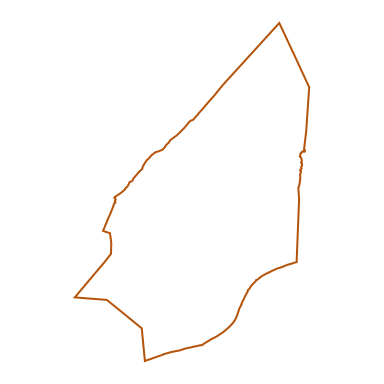 outline of Skaftárhreppur, Suðurland, Iceland
{"feature_id": "244011B24957701647142", "entity_name": "Skaftárhreppur", "entity_type": "district", "adm_level": 2, "iso_a3": "ISL", "parent_name": "Iceland", "parent_adm1": "Suðurland", "projection": "mercator", "projection_center": [-18.128, 64.02], "detail": "fine", "context": "isolated", "style": "outline", "palette": "amber", "viewbox_px": 384, "rotation_deg": 0, "n_neighbors": 0, "source": "geoboundaries", "source_scale": "gbopen_adm2", "svg_char_len": 5563}
<svg xmlns="http://www.w3.org/2000/svg" viewBox="0 0 384 384"><path d="M279.3,23.0L254.8,49.9L223.0,84.8L218.9,89.8L216.7,92.5L213.8,96.1L211.0,99.1L201.6,110.1L198.9,113.0L197.4,115.1L195.8,116.6L193.3,119.7L191.7,120.3L191.1,120.5L189.8,121.4L188.7,122.5L187.7,124.0L186.4,125.4L184.6,127.6L184.1,128.1L181.0,131.2L180.8,131.5L180.2,132.0L178.1,134.1L176.6,135.5L175.6,136.2L172.6,138.4L171.1,139.5L170.4,140.1L170.0,140.5L169.5,141.2L169.1,142.2L168.9,142.4L168.2,143.1L166.1,145.1L165.6,145.8L165.3,146.6L165.1,146.8L164.5,147.6L163.7,148.3L162.9,149.4L162.2,149.8L160.7,150.4L159.3,151.1L158.2,151.5L156.8,151.8L156.3,151.9L155.9,152.0L154.4,153.0L151.7,155.1L149.7,157.4L148.2,158.9L147.4,159.7L146.7,160.3L146.0,161.2L143.2,165.8L142.7,166.8L142.6,167.3L142.6,167.6L142.4,168.4L142.3,168.7L142.1,169.0L141.5,169.7L140.6,170.4L139.8,171.1L137.7,173.4L136.4,175.1L135.2,176.3L134.6,177.2L133.8,177.9L133.2,178.8L133.0,179.2L132.9,179.6L132.6,180.3L132.3,180.8L131.8,181.2L131.2,181.5L130.0,181.9L129.8,182.0L129.6,182.2L129.5,182.4L129.3,182.8L129.0,183.5L128.6,184.4L128.1,185.3L127.3,186.6L126.5,187.4L126.1,187.7L125.9,187.8L125.5,188.5L125.0,189.1L124.6,189.8L124.3,190.1L121.5,192.4L119.6,193.8L115.4,196.6L114.9,197.0L114.5,197.5L114.2,197.7L114.2,197.8L114.3,197.9L114.7,198.1L115.1,198.5L115.4,198.7L115.6,199.2L115.6,199.6L115.4,200.0L115.3,200.3L115.2,200.5L115.3,200.8L115.2,200.9L115.1,201.1L114.8,201.4L114.9,201.6L114.9,201.9L114.9,202.0L115.3,202.4L115.3,202.6L115.3,202.8L115.1,203.0L114.6,203.1L114.4,203.3L114.3,203.6L114.1,204.0L113.7,204.3L113.7,204.5L113.6,204.8L113.7,205.0L113.6,205.5L110.1,214.3L108.7,217.2L103.9,228.9L103.0,230.8L103.8,231.2L110.0,233.2L111.3,243.0L111.0,253.8L104.3,262.4L100.3,267.1L94.8,273.6L74.8,297.4L106.8,299.9L124.1,313.9L141.8,328.4L142.3,334.2L144.9,361.0L145.7,360.7L147.2,360.1L148.1,359.8L150.3,359.2L152.3,358.4L155.2,357.4L157.0,356.7L159.8,355.7L161.8,355.2L164.1,354.0L165.5,353.7L168.6,352.8L171.8,351.9L172.6,351.9L173.4,351.6L174.9,351.3L175.3,351.3L180.1,350.3L180.8,350.0L181.2,349.9L182.0,349.6L184.7,348.8L187.3,348.1L192.4,347.1L194.7,346.4L195.5,346.3L196.5,346.2L197.6,345.9L198.3,345.6L198.9,345.6L200.4,345.2L200.7,345.2L201.3,345.3L201.8,345.4L202.2,345.0L202.5,344.9L203.3,344.1L205.0,343.1L205.6,342.6L206.0,342.4L206.7,341.9L207.5,341.6L207.8,341.3L208.4,341.0L210.1,339.9L211.1,339.3L212.1,338.8L213.0,338.3L215.4,337.2L216.5,336.4L216.9,336.3L219.3,334.7L219.7,334.4L220.8,333.7L223.0,332.3L223.5,331.8L223.9,331.6L224.1,331.4L224.8,330.8L225.3,330.5L225.5,330.2L226.1,329.6L228.3,327.8L229.9,326.3L233.7,322.0L235.1,319.8L235.4,319.0L236.0,318.0L236.1,317.6L236.5,317.1L236.9,315.8L237.3,314.5L238.0,312.9L238.3,311.8L238.4,311.6L238.5,311.2L238.6,310.9L239.1,309.0L239.5,308.4L239.8,307.6L240.2,306.8L240.7,306.0L240.8,305.8L241.0,305.5L241.2,305.4L241.2,304.9L241.4,304.5L241.5,304.4L241.6,304.0L241.6,303.4L241.8,303.2L242.0,302.7L242.2,302.2L242.7,301.2L243.6,299.5L243.8,299.3L243.8,299.0L244.1,298.4L244.2,298.2L244.5,297.5L244.9,296.7L245.1,296.3L245.5,295.5L245.6,295.3L245.7,295.1L246.9,292.8L247.1,292.6L247.3,292.4L247.3,292.2L247.3,291.9L247.7,291.4L247.8,291.3L247.8,291.1L247.7,290.7L248.1,289.8L248.3,289.7L249.0,289.3L249.1,289.2L249.3,288.9L250.4,287.0L251.1,285.9L251.4,285.7L252.3,284.6L253.8,283.0L255.1,281.8L255.8,281.0L255.9,280.6L255.9,280.3L256.5,280.2L256.9,280.0L258.5,278.8L259.6,277.8L260.8,276.9L261.8,276.2L263.5,275.2L265.4,274.1L266.9,273.3L267.8,273.1L268.0,272.9L268.3,272.5L269.1,272.4L269.6,272.2L271.6,271.1L274.8,269.6L277.3,268.5L278.4,268.2L280.9,267.4L281.7,267.3L282.1,267.0L282.2,266.8L283.0,266.7L284.4,266.0L285.4,265.6L287.6,264.8L288.5,264.4L289.2,264.5L289.6,264.2L290.4,264.0L291.4,263.7L291.6,263.6L292.0,263.6L293.4,263.0L296.0,262.3L296.6,262.2L299.1,199.5L298.4,189.0L298.5,188.0L298.5,187.2L298.7,186.4L299.3,185.6L299.4,185.0L299.4,184.7L299.5,184.5L299.5,184.4L299.5,184.2L299.5,183.6L299.6,183.4L299.6,183.2L299.8,182.8L299.8,182.4L299.8,181.9L299.8,181.5L299.8,181.2L299.9,180.9L299.9,180.7L300.1,180.4L300.1,180.2L299.9,179.9L300.3,178.8L300.3,178.5L300.3,178.3L300.2,178.0L300.3,177.8L300.3,177.6L300.3,177.4L300.3,177.2L300.2,176.7L300.1,176.4L300.1,176.0L300.2,175.6L300.2,175.3L300.2,175.1L300.1,174.9L300.0,174.7L300.1,174.2L300.3,173.9L300.4,173.7L300.5,173.2L300.9,172.6L301.0,172.3L300.9,172.1L300.8,171.9L300.6,171.6L300.4,171.1L300.4,170.8L300.4,170.7L300.5,170.6L300.8,170.4L301.0,170.2L300.9,169.6L301.0,169.4L300.9,169.4L301.0,169.3L301.2,168.6L301.3,168.4L301.4,168.2L301.1,167.8L301.1,167.6L301.2,167.3L301.3,166.9L301.4,166.6L301.6,166.3L301.8,166.1L301.8,165.9L301.8,165.7L302.1,165.3L302.1,165.1L302.0,164.9L302.1,164.5L302.0,164.0L302.0,163.9L301.9,163.2L301.7,163.1L301.2,162.9L301.1,162.7L301.1,162.4L301.3,161.8L301.5,161.5L301.7,161.2L301.8,160.9L301.9,160.6L301.7,160.0L301.7,159.7L301.6,159.4L301.4,159.1L301.4,158.8L301.3,158.5L301.2,158.2L301.0,157.9L301.1,157.7L301.0,157.4L300.8,157.2L300.5,157.2L300.4,157.0L299.9,156.6L299.8,156.4L300.1,156.1L300.1,155.9L300.3,155.4L300.3,155.1L300.3,154.8L300.2,154.5L300.5,153.9L300.4,153.7L300.5,153.5L300.6,153.4L301.2,153.2L301.4,153.0L301.4,152.7L301.5,152.7L301.6,152.4L301.7,152.2L301.9,152.1L302.0,152.0L302.1,151.9L302.3,151.6L302.5,151.5L302.7,151.3L302.9,151.2L303.1,151.3L303.2,151.2L303.2,151.4L303.3,151.5L303.6,151.5L303.9,151.8L304.2,151.8L304.6,151.7L304.8,151.3L304.9,151.1L305.0,150.8L304.9,150.5L304.8,150.0L304.7,149.7L304.1,148.8L306.2,131.2L309.2,87.3L294.7,55.9L279.3,23.0Z" fill="none" stroke="#b45309" stroke-width="2"/></svg>